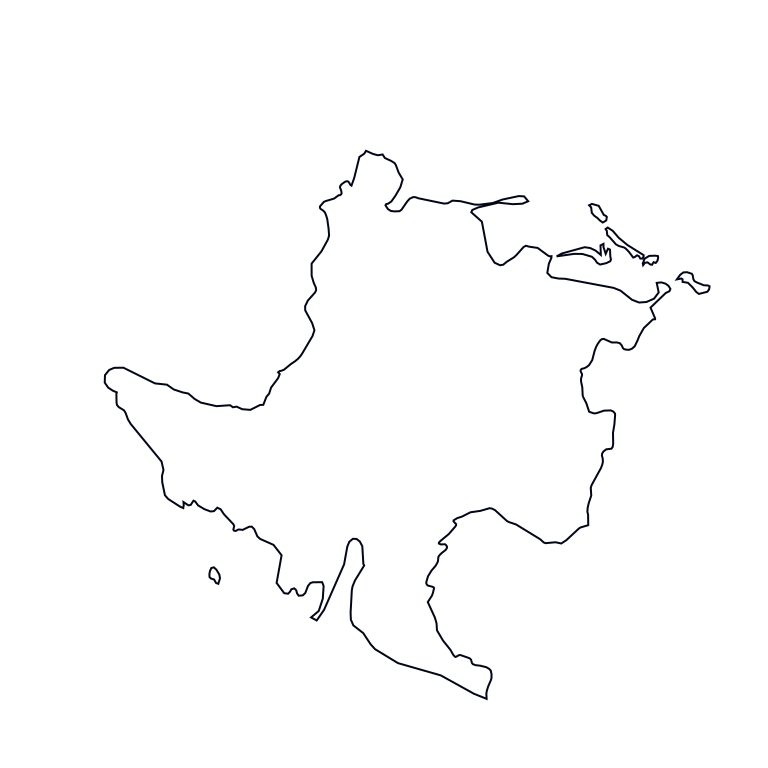 Matanzas, Equal Earth projection, rotated 24°
{"feature_id": "CUB-1430", "entity_name": "Matanzas", "entity_type": "Province", "adm_level": 1, "iso_a3": "CUB", "parent_name": "Cuba", "parent_adm1": "", "projection": "equal_earth", "projection_center": [-81.101, 22.655], "detail": "fine", "context": "isolated", "style": "outline", "palette": "ink", "viewbox_px": 768, "rotation_deg": 24, "n_neighbors": 0, "source": "natural_earth", "source_scale": "10m", "svg_char_len": 6171}
<svg xmlns="http://www.w3.org/2000/svg" viewBox="0 0 768 768"><g transform="rotate(24 384 384)"><path d="M272.7,178.3L280.5,178.3L285.4,177.5L289.4,174.9L292.9,177.2L299.9,177.3L304.0,177.9L306.1,179.5L311.4,184.9L317.9,189.5L318.9,197.7L317.9,207.1L316.5,214.2L314.6,217.4L312.7,219.0L312.7,220.2L316.4,222.6L319.9,223.1L323.3,222.1L327.9,219.8L329.1,217.7L331.0,207.7L332.1,204.3L334.6,201.4L336.9,200.5L339.6,200.4L365.3,194.8L368.7,193.0L372.0,188.6L379.5,185.9L393.9,183.2L398.4,181.3L409.8,174.4L417.2,167.3L430.7,157.5L435.7,155.6L441.4,158.4L437.1,163.0L428.6,167.3L414.8,171.8L398.2,184.4L393.9,189.1L393.9,191.6L407.4,195.9L424.8,221.1L435.7,228.2L441.8,228.3L444.4,226.5L446.5,222.3L451.2,215.4L452.6,212.1L455.8,202.1L457.4,200.0L460.8,199.5L469.0,197.2L481.7,200.0L483.8,199.9L485.0,199.1L485.6,200.6L485.7,207.1L488.0,216.1L493.6,218.3L500.5,216.7L506.7,214.2L554.6,202.8L562.1,202.5L576.3,206.2L583.9,205.8L590.3,202.4L596.0,196.2L597.7,188.6L592.0,180.7L596.0,178.4L600.2,177.8L604.0,178.6L607.0,180.7L607.0,183.2L604.4,186.2L596.4,205.8L604.9,213.7L605.3,214.6L603.4,215.6L598.6,227.2L597.7,236.6L597.9,240.8L597.7,247.6L596.2,250.8L594.0,253.1L591.0,254.2L589.2,254.5L587.8,254.1L585.1,251.8L582.7,250.8L579.6,251.4L575.3,253.4L566.4,253.4L564.8,254.4L563.8,256.2L563.0,260.0L562.7,263.3L562.9,267.9L564.5,277.4L563.7,283.3L562.1,286.3L560.5,288.2L558.4,289.8L558.0,291.3L558.5,292.5L560.8,294.3L561.4,295.6L561.7,298.3L562.3,300.2L563.4,302.1L566.5,306.4L570.2,313.7L571.5,315.1L576.6,319.2L582.7,325.9L587.7,325.5L589.9,324.3L595.9,318.8L601.9,315.9L604.8,315.9L607.1,317.1L607.9,318.7L610.9,327.2L613.1,335.6L617.7,345.4L618.5,348.5L618.1,350.6L613.6,353.3L611.9,356.4L611.6,358.8L612.1,360.6L614.3,363.4L615.7,366.3L616.2,369.0L616.4,372.5L614.8,391.7L615.1,394.7L618.7,401.6L619.5,409.6L620.3,413.8L621.7,417.9L623.6,420.4L628.0,429.9L621.9,435.1L620.8,436.8L614.1,452.5L610.8,457.6L605.1,458.8L596.3,463.7L594.3,463.8L589.9,462.3L561.7,458.6L554.5,459.3L552.2,459.2L536.8,454.1L533.4,453.9L531.0,454.5L523.5,460.8L515.2,466.0L509.1,473.5L505.4,476.8L503.1,480.2L503.2,481.0L504.1,481.6L506.8,482.6L507.3,483.6L507.1,485.3L504.2,494.8L499.4,504.4L498.7,506.6L499.0,507.4L501.0,507.5L504.9,505.6L505.8,505.7L507.7,506.9L508.2,508.6L507.7,510.7L505.4,515.1L504.4,517.6L504.0,519.7L505.4,524.1L505.4,526.2L505.0,529.4L503.3,535.1L502.4,541.8L503.2,547.6L503.8,549.0L504.7,549.8L505.9,550.3L510.9,549.5L512.1,549.6L512.7,550.0L513.6,554.4L513.9,557.7L512.7,565.4L525.5,576.7L529.3,581.2L532.6,587.5L542.3,594.4L552.9,599.9L557.2,603.1L559.4,604.2L560.5,604.2L563.0,601.0L564.3,600.5L571.4,599.9L574.2,599.8L575.8,600.6L577.8,603.1L579.2,603.8L582.1,603.6L586.4,602.2L592.8,601.1L596.1,601.5L598.1,602.4L600.3,605.4L601.8,608.9L602.1,611.1L602.2,618.2L602.8,622.9L603.5,625.4L605.8,629.9L592.1,630.4L554.4,627.1L510.3,633.3L483.7,629.9L477.8,627.3L466.3,620.0L454.2,617.0L449.6,612.8L446.5,606.5L438.6,585.8L437.6,581.8L437.4,575.3L439.7,557.9L438.3,556.7L430.2,541.1L426.1,537.8L422.0,536.7L418.5,538.1L416.5,542.3L416.6,547.4L420.9,565.0L421.1,614.7L418.7,627.4L412.3,626.9L416.7,617.9L415.4,605.0L411.0,593.1L408.1,590.2L399.6,594.1L397.7,595.8L396.7,599.3L397.1,606.9L395.8,610.1L392.2,612.1L389.7,610.6L387.7,608.1L385.1,607.2L382.9,609.2L382.6,612.0L381.7,614.6L377.9,615.7L366.8,609.4L360.1,582.1L348.5,575.9L333.8,575.9L330.3,574.7L324.4,569.3L321.2,568.1L318.8,569.3L314.3,574.7L310.7,575.9L309.9,576.4L308.4,578.5L306.6,579.0L305.6,578.3L304.9,574.7L303.5,573.4L290.8,568.1L285.7,564.9L282.0,564.8L280.4,569.3L277.4,571.0L270.7,571.4L263.5,570.5L259.3,568.1L257.4,568.1L256.6,573.1L254.6,574.4L248.8,573.4L250.3,576.1L251.1,579.0L247.7,579.0L233.5,576.8L229.1,574.7L221.4,564.0L218.6,558.3L217.5,552.2L212.3,545.3L169.0,523.6L164.5,520.5L159.9,515.7L157.2,513.8L151.1,513.0L148.6,511.8L147.1,509.5L143.6,502.0L143.3,500.3L139.1,500.4L133.5,499.5L128.3,496.3L125.5,489.4L127.2,483.0L130.9,479.0L139.3,475.1L174.5,476.6L186.0,472.9L194.1,474.5L203.4,473.6L209.1,472.3L217.2,474.7L224.2,475.5L239.9,472.4L252.0,466.0L255.5,466.7L258.6,464.6L264.7,464.7L272.4,462.0L279.3,453.6L282.2,452.1L281.8,443.5L283.0,439.6L282.3,433.2L284.9,421.7L284.7,417.3L282.5,416.4L283.5,414.5L284.5,414.0L286.9,411.5L290.8,403.7L293.5,399.4L295.2,395.9L296.2,392.8L296.8,390.0L299.2,369.2L298.6,363.2L293.6,357.6L282.1,348.8L280.3,345.0L280.5,338.7L283.8,328.4L283.8,325.8L282.5,323.6L278.6,320.1L273.9,314.6L268.9,303.5L272.9,288.2L274.0,274.9L273.5,270.8L270.0,264.3L265.0,256.3L262.6,253.6L260.4,251.4L258.2,250.4L254.8,249.8L253.8,249.1L253.3,247.8L255.0,242.0L256.8,240.2L263.0,234.9L265.8,230.0L267.0,229.4L267.7,228.2L267.7,227.0L266.3,224.8L263.7,222.2L263.5,220.6L264.1,218.6L266.3,214.9L267.9,213.7L269.4,213.7L272.4,215.8L273.6,216.0L273.0,208.0L269.2,186.6L272.3,181.6L272.7,178.3ZM533.6,169.3L535.8,169.3L538.8,175.3L540.7,178.0L540.7,179.9L537.9,183.2L532.8,187.0L529.2,186.5L526.0,184.5L522.2,183.2L512.4,184.5L504.9,187.7L489.8,197.2L493.3,192.5L511.7,177.4L517.2,175.9L523.1,176.1L529.6,177.9L525.4,169.3L527.5,166.7L528.8,169.6L533.6,174.9L533.6,169.3ZM636.1,163.7L639.9,162.2L641.7,162.3L642.5,165.2L641.9,168.2L635.1,173.6L632.0,173.0L626.6,170.2L620.5,167.9L615.3,169.3L614.1,166.9L612.8,166.7L609.0,169.3L610.2,163.7L612.1,160.3L615.4,158.6L620.4,158.1L621.6,158.9L624.1,162.5L625.7,163.7L628.3,164.0L636.1,163.7ZM549.8,158.0L568.8,160.7L569.3,161.9L569.0,164.4L567.2,165.2L565.0,163.6L562.8,163.5L561.4,166.1L560.2,167.1L553.7,163.5L550.1,162.1L548.0,161.6L542.4,162.4L539.1,162.1L530.4,158.1L527.4,157.2L525.2,153.4L523.4,152.3L524.7,150.1L530.6,151.0L539.1,155.0L549.8,158.0ZM518.1,140.1L519.6,140.7L520.5,144.2L518.2,147.5L514.7,146.8L511.3,145.5L507.7,144.8L504.2,143.1L501.4,138.4L498.7,137.3L500.7,134.9L507.7,133.9L516.1,140.2L518.1,140.1ZM311.1,625.1L313.2,628.2L313.9,633.9L311.5,634.1L308.3,631.7L305.1,632.1L303.2,631.4L301.9,628.9L301.1,625.8L301.1,622.4L303.1,620.7L306.4,621.8L311.1,625.1ZM582.2,155.7L583.0,156.9L583.7,160.1L583.0,162.9L580.7,163.1L580.4,166.0L578.8,166.5L575.3,165.7L573.0,167.2L572.4,170.0L571.4,168.7L571.1,163.5L574.2,159.1L579.5,156.5L582.2,155.7Z" fill="none" stroke="#020617" stroke-width="2"/></g></svg>